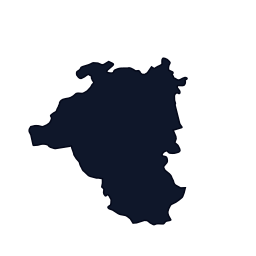 outline of Zabul, rotated 31°
{"feature_id": "AFG-1755", "entity_name": "Zabul", "entity_type": "Province", "adm_level": 1, "iso_a3": "AFG", "parent_name": "Afghanistan", "parent_adm1": "", "projection": "mercator", "projection_center": [67.11, 32.305], "detail": "fine", "context": "isolated", "style": "filled", "palette": "ink", "viewbox_px": 256, "rotation_deg": 31, "n_neighbors": 0, "source": "natural_earth", "source_scale": "10m", "svg_char_len": 5389}
<svg xmlns="http://www.w3.org/2000/svg" viewBox="0 0 256 256"><g transform="rotate(31 128 128)"><path d="M212.0,184.8L211.6,185.5L208.7,188.2L208.3,189.2L208.0,191.3L207.5,192.1L202.9,194.6L201.4,195.8L200.4,197.2L199.5,197.7L195.9,197.9L193.2,197.5L192.0,197.5L189.6,198.7L184.2,204.8L181.3,206.9L176.8,204.6L176.1,204.5L172.9,204.1L170.9,204.2L166.1,206.0L164.8,206.3L163.4,206.4L157.4,206.2L156.9,206.2L154.1,206.8L153.7,206.9L153.2,206.9L152.7,206.8L152.2,206.7L151.8,206.4L151.6,206.2L151.6,205.7L151.8,205.0L152.6,203.5L152.7,203.1L152.3,201.5L150.5,198.1L146.6,195.8L145.1,195.5L144.8,195.7L144.5,196.1L144.1,197.3L143.8,197.7L143.5,197.8L143.3,197.8L143.1,197.7L142.3,197.4L141.4,197.0L140.8,196.4L140.2,195.7L139.0,193.0L138.8,192.9L138.6,192.7L137.9,192.4L137.4,192.3L136.1,192.1L135.9,192.0L135.7,191.6L134.6,188.5L132.2,184.6L128.5,186.0L126.7,187.1L120.5,188.9L118.6,189.1L114.6,188.2L112.2,187.7L111.7,187.7L111.0,187.4L110.2,187.0L108.8,186.0L106.8,184.9L105.2,183.6L104.5,182.9L103.8,182.3L102.9,181.9L99.4,180.8L95.5,178.8L94.2,177.4L90.1,174.0L89.7,173.6L89.1,172.8L88.8,172.6L88.4,172.7L87.3,173.8L76.2,183.1L75.2,183.5L71.4,184.4L70.0,184.4L69.1,184.2L68.8,184.0L68.4,183.9L68.0,183.8L66.2,184.2L64.5,184.9L62.8,185.9L61.7,186.8L59.6,189.0L56.1,191.5L55.5,191.5L55.4,191.4L48.3,183.9L45.4,182.1L45.1,181.8L44.7,181.3L44.2,180.3L44.0,179.5L44.0,176.9L46.9,174.1L48.1,173.3L50.2,172.2L53.5,171.2L53.9,171.0L54.3,170.7L55.1,169.7L56.9,167.1L58.0,164.5L58.2,163.8L58.1,161.2L57.5,159.0L56.8,158.3L55.8,157.7L55.4,157.4L55.3,156.9L55.4,156.2L56.5,153.5L57.7,151.4L57.9,150.8L57.9,150.3L57.5,148.0L57.4,145.7L57.4,145.4L57.3,145.2L57.1,144.5L57.0,143.2L56.9,142.6L56.4,141.6L56.3,140.7L56.3,139.9L56.6,138.7L57.1,137.7L57.5,137.0L59.7,134.8L61.7,133.1L63.2,131.4L64.2,129.6L64.7,128.6L65.8,125.2L66.5,124.5L67.4,123.8L70.6,122.2L71.4,121.6L71.7,121.3L72.9,119.3L73.8,117.6L74.0,117.1L75.0,112.4L75.0,111.7L75.0,111.1L74.9,109.4L75.0,108.9L75.3,107.9L75.3,107.3L75.2,106.7L74.7,106.2L74.1,105.9L73.2,105.6L72.9,105.4L72.3,104.9L71.3,104.2L71.0,104.0L70.8,103.7L70.5,103.0L70.2,102.6L69.9,102.4L69.3,102.3L68.3,102.4L68.0,102.4L67.6,102.4L67.3,102.2L67.0,102.1L66.7,102.2L66.3,102.6L65.7,103.4L65.3,104.1L64.3,106.5L62.5,109.4L62.0,109.8L61.3,110.1L60.2,110.1L59.4,110.0L56.7,108.9L55.8,107.7L55.5,107.1L55.3,106.5L55.3,106.0L55.5,105.4L56.5,103.3L56.7,102.3L56.7,101.4L56.6,100.6L56.7,100.0L57.5,98.8L61.8,94.0L62.9,92.5L64.0,90.7L64.7,90.0L68.8,87.9L73.2,87.3L74.6,86.0L77.2,81.0L81.1,80.6L82.4,80.7L82.7,81.0L82.8,81.3L82.8,81.9L82.6,82.8L80.6,88.8L80.5,89.5L80.5,90.0L80.6,90.3L80.8,90.5L81.3,90.9L82.1,90.9L83.2,90.6L85.3,89.6L86.3,88.9L86.8,88.1L86.8,87.5L86.6,86.3L86.7,85.8L86.8,85.3L87.1,84.8L88.5,82.9L89.8,81.5L91.3,80.3L97.1,76.7L97.7,76.1L98.6,75.6L99.9,75.3L102.6,75.1L104.7,75.2L105.2,75.1L105.8,74.7L107.4,73.5L108.4,73.4L109.2,73.7L110.1,74.3L110.6,74.5L111.4,74.7L112.0,74.7L112.6,74.7L113.0,74.5L113.7,74.1L114.1,73.9L114.6,73.6L115.0,73.2L115.5,72.1L115.9,71.5L116.2,70.5L116.3,69.7L116.7,63.5L119.4,63.6L119.9,63.3L120.4,62.9L120.6,62.4L120.8,61.8L121.9,59.9L123.4,57.7L123.9,56.7L124.2,55.9L124.1,55.5L123.9,55.1L122.7,53.2L122.3,52.4L122.0,51.7L122.0,50.8L122.1,50.2L122.5,49.9L122.9,49.7L124.1,49.3L126.5,49.1L129.1,49.7L129.8,50.0L130.3,50.3L130.5,50.7L130.6,51.2L130.8,53.3L131.1,54.2L131.5,55.2L132.3,56.6L132.9,57.1L133.3,57.4L133.7,57.4L136.4,57.1L137.3,57.0L137.7,57.1L138.0,57.3L138.2,57.6L138.3,58.0L138.3,58.3L138.3,59.1L138.3,59.6L138.6,59.8L139.8,60.2L140.3,60.5L141.1,61.3L141.5,61.5L142.0,61.4L142.6,61.3L145.3,61.3L145.9,61.1L146.5,60.9L147.0,60.6L147.4,60.2L148.2,59.1L149.2,57.4L150.6,55.6L151.0,55.3L151.6,55.0L152.6,54.9L153.0,55.0L153.2,55.6L153.1,55.9L153.0,56.2L152.6,56.8L152.5,57.1L152.4,57.4L152.4,57.6L152.5,57.9L153.0,58.4L153.4,58.9L153.5,59.2L153.8,59.7L154.0,60.3L154.1,60.9L154.1,61.5L154.1,62.1L153.8,62.6L153.5,63.0L153.1,63.4L152.7,63.7L149.3,65.6L148.9,65.9L148.7,66.4L148.8,67.0L149.3,67.8L149.8,68.2L152.9,69.5L153.6,70.0L154.0,70.6L154.3,71.0L154.4,71.4L154.3,71.7L154.2,72.0L153.9,72.2L153.6,72.3L152.3,72.4L152.0,72.5L151.7,72.7L151.4,73.1L151.2,73.6L151.0,74.1L150.9,74.6L150.9,75.7L151.4,76.9L153.6,80.3L155.9,82.4L156.1,82.8L156.3,83.7L156.5,84.1L169.9,97.5L170.8,98.1L173.7,99.4L173.9,99.7L173.8,100.0L167.8,106.6L173.4,110.7L174.8,112.5L175.5,116.0L175.8,116.3L176.0,116.5L179.4,117.1L180.1,117.4L182.9,119.2L183.7,120.0L184.2,120.7L184.2,121.2L184.1,121.8L183.9,122.3L183.5,122.9L182.3,124.2L180.9,125.6L179.3,126.7L176.9,127.9L176.4,128.0L176.1,128.1L175.8,128.0L174.9,127.9L173.6,127.5L173.2,127.5L172.7,127.8L172.3,128.2L171.8,128.8L171.3,129.7L170.9,130.7L170.7,132.3L170.9,133.2L171.2,133.8L171.6,134.0L171.9,134.1L172.2,134.1L174.7,133.3L175.2,133.2L175.6,133.2L175.9,133.3L176.4,133.5L177.0,133.9L177.7,134.6L178.6,135.8L179.0,136.7L179.1,137.7L178.5,141.6L178.4,142.6L178.6,143.1L178.8,143.4L179.7,144.1L181.0,144.9L181.5,145.2L187.0,146.0L188.7,146.5L189.8,147.0L191.6,148.4L194.0,149.9L195.3,151.2L196.5,152.0L197.3,152.3L198.1,152.5L203.9,152.3L204.4,152.0L207.9,149.7L209.4,154.6L210.1,158.4L210.1,159.2L210.1,159.5L209.8,160.5L208.8,163.3L207.2,166.9L204.6,171.0L204.3,171.7L204.2,172.3L204.2,173.0L204.3,174.5L204.5,176.6L204.8,177.6L205.0,178.6L205.4,179.5L205.9,180.3L206.6,181.1L208.1,182.4L211.4,184.3L212.0,184.7L212.0,184.8Z" fill="#0f172a" stroke="#020617" stroke-width="1.5"/></g></svg>